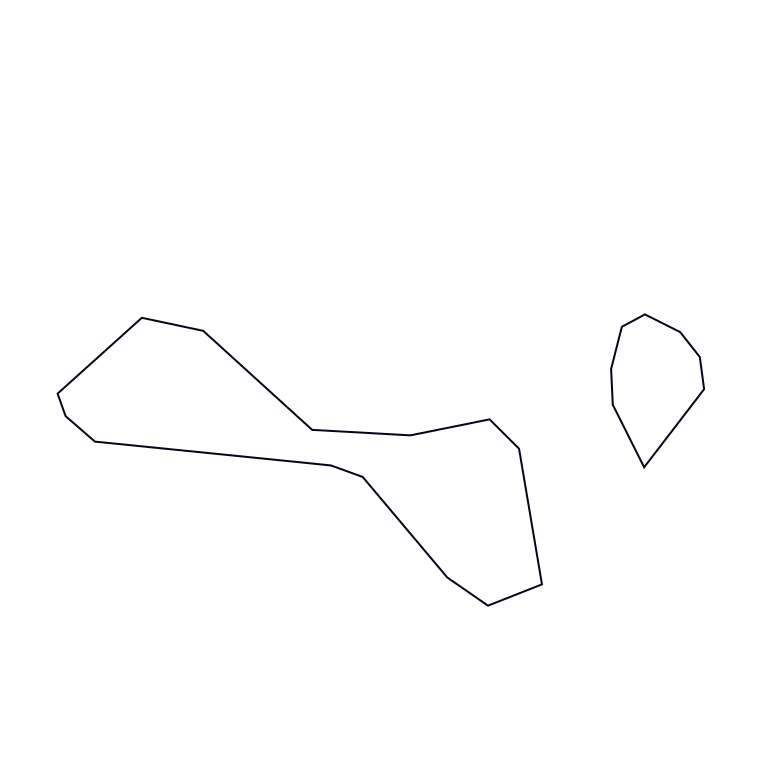 map outline of Saint Pierre and Miquelon (Equal Earth projection), rotated 293°
{"feature_id": "SPM", "entity_name": "Saint Pierre and Miquelon", "entity_type": "country or territory", "adm_level": 0, "iso_a3": "SPM", "parent_name": "North America", "parent_adm1": "", "projection": "equal_earth", "projection_center": [-56.267, 46.926], "detail": "fine", "context": "isolated", "style": "outline", "palette": "ink", "viewbox_px": 768, "rotation_deg": 293, "n_neighbors": 0, "source": "natural_earth", "source_scale": "50m", "svg_char_len": 454}
<svg xmlns="http://www.w3.org/2000/svg" viewBox="0 0 768 768"><g transform="rotate(293 384 384)"><path d="M377.2,533.6L261.3,607.7L220.6,566.3L230.6,517.9L290.1,400.7L288.3,367.0L218.0,140.4L230.0,103.5L247.6,87.3L350.3,135.2L362.3,196.8L313.7,335.8L347.0,428.3L392.7,495.0L377.2,533.6ZM532.2,664.2L504.3,680.7L409.0,656.0L454.3,602.7L486.5,587.2L529.6,580.6L550.0,597.0L547.5,636.3L532.2,664.2Z" fill="none" stroke="#020617" stroke-width="2"/></g></svg>